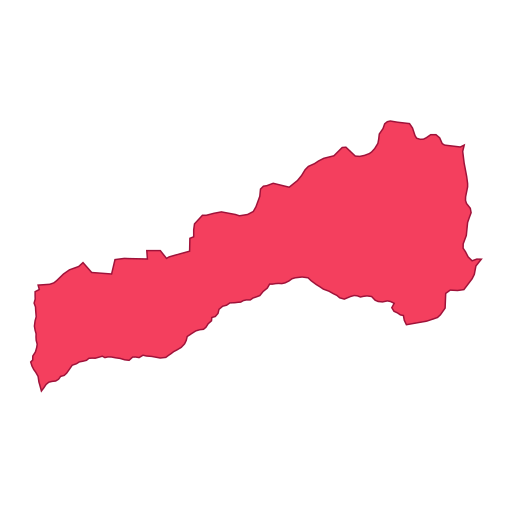 the district of Belém do Brejo do Cruz, Paraíba, Brazil
{"feature_id": "56859067B47597011454876", "entity_name": "Belém do Brejo do Cruz", "entity_type": "district", "adm_level": 2, "iso_a3": "BRA", "parent_name": "Brazil", "parent_adm1": "Paraíba", "projection": "robinson", "projection_center": [-37.396, -6.149], "detail": "fine", "context": "isolated", "style": "filled", "palette": "rose", "viewbox_px": 512, "rotation_deg": 0, "n_neighbors": 0, "source": "geoboundaries", "source_scale": "gbopen_adm2", "svg_char_len": 3005}
<svg xmlns="http://www.w3.org/2000/svg" viewBox="0 0 512 512"><path d="M266.8,185.7L263.4,186.2L260.5,189.1L259.8,196.3L256.0,206.7L253.3,211.5L247.6,214.5L239.4,215.8L235.4,214.5L221.4,211.9L213.9,213.3L206.2,215.3L202.4,215.3L194.5,223.9L193.7,229.8L193.7,236.8L189.9,238.3L189.6,251.2L175.0,255.2L169.1,256.9L166.5,258.4L160.3,250.6L146.8,250.6L147.4,259.0L129.1,258.6L124.3,258.4L115.0,259.6L111.6,274.0L91.7,272.5L83.0,262.6L78.7,266.5L69.5,269.8L63.5,274.0L56.6,280.7L53.8,282.9L49.7,284.3L38.1,285.1L39.3,289.5L35.1,291.7L35.1,295.6L35.2,299.1L34.1,303.1L35.5,306.9L35.7,310.7L36.2,316.8L35.1,320.8L34.4,326.1L35.1,330.2L36.1,333.8L36.0,337.0L36.2,340.4L37.2,344.2L36.7,347.5L35.4,352.0L32.8,356.0L32.7,360.0L30.7,362.0L32.0,366.1L33.8,369.6L35.7,372.2L38.1,376.4L38.9,381.9L39.8,385.0L41.4,391.0L43.7,388.0L46.1,384.4L48.8,382.2L52.1,381.4L55.7,381.0L58.6,379.2L60.6,376.4L64.2,375.4L66.6,373.2L69.3,369.4L72.2,365.2L76.5,363.7L79.3,361.9L83.0,361.2L86.5,360.3L88.9,358.3L92.0,358.1L95.3,358.2L98.9,357.2L102.3,356.2L104.9,357.6L107.9,356.9L111.4,357.0L115.6,357.8L120.0,358.4L124.7,359.8L129.1,360.3L132.6,357.1L135.6,357.0L139.1,357.6L143.0,355.2L146.4,356.0L151.6,356.4L160.2,358.0L165.8,357.4L168.3,355.5L171.1,353.6L173.7,351.6L176.8,350.0L181.3,347.3L184.6,343.8L186.2,340.5L187.2,336.5L191.7,333.5L195.8,330.9L199.8,329.7L203.5,329.3L205.9,327.3L208.2,323.7L211.5,320.8L211.8,317.5L215.3,316.5L218.0,313.4L219.0,309.3L222.7,306.2L226.6,305.2L229.9,302.9L234.9,302.7L237.9,302.3L240.7,302.1L243.3,300.6L246.4,299.9L250.3,299.9L253.0,298.0L256.3,296.9L259.8,295.6L263.1,291.5L267.3,288.1L269.6,284.1L272.5,284.1L275.6,283.6L278.6,283.4L281.8,283.6L285.0,282.9L288.9,281.0L291.9,278.8L295.1,277.8L302.1,277.0L308.1,277.8L311.1,280.7L316.2,284.5L319.8,286.7L323.3,289.1L329.0,291.2L333.2,293.6L336.9,295.4L339.7,297.8L344.3,299.1L350.5,296.5L354.1,295.5L357.3,295.8L360.4,297.0L363.6,296.3L367.0,295.9L371.6,296.5L375.1,300.2L378.1,301.5L382.5,301.9L387.4,300.9L390.5,301.5L394.2,303.3L391.8,307.7L394.0,311.3L397.5,312.9L400.4,314.9L403.4,315.5L404.3,320.3L406.4,324.7L426.8,321.1L437.5,317.5L440.4,314.8L445.1,308.1L445.7,293.4L450.2,290.1L457.5,290.5L463.9,289.6L472.1,278.8L474.3,274.4L475.9,266.0L481.3,259.2L476.8,259.1L472.1,260.8L468.1,256.9L465.5,251.8L463.1,248.2L463.2,243.8L466.3,235.5L467.6,222.5L469.5,217.0L471.1,212.7L470.3,208.3L466.5,203.5L465.5,200.4L465.6,196.8L467.6,186.9L467.6,183.5L466.7,176.7L464.1,162.9L462.7,151.4L464.2,145.1L460.3,147.0L444.6,145.1L442.2,143.6L439.7,137.9L436.0,134.7L430.7,134.7L426.2,137.8L423.4,139.2L420.1,139.3L416.6,138.2L415.0,135.6L412.5,128.0L409.5,123.6L397.4,122.2L390.3,121.0L387.3,121.7L384.7,123.8L383.0,128.6L379.3,134.0L378.7,139.1L377.9,143.4L374.7,148.6L371.6,152.0L369.3,153.6L364.5,155.4L359.8,156.4L355.3,156.1L345.9,147.2L342.2,147.5L333.9,155.8L323.8,158.3L318.5,161.0L314.6,163.6L308.4,166.4L305.2,169.6L301.6,175.5L297.4,180.6L289.2,187.2L273.2,183.3L266.8,185.7Z" fill="#f43f5e" stroke="#9f1239" stroke-width="1.5"/></svg>